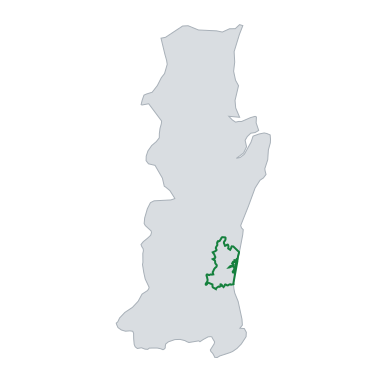 Portugal, with Aveiro highlighted, rotated 178°
{"feature_id": "PRT-739", "entity_name": "Aveiro", "entity_type": "District", "adm_level": 1, "iso_a3": "PRT", "parent_name": "Portugal", "parent_adm1": "", "projection": "orthographic", "projection_center": [-8.444, 40.685], "detail": "fine", "context": "in_parent", "style": "outline", "palette": "green", "viewbox_px": 384, "rotation_deg": 178, "n_neighbors": 0, "source": "natural_earth", "source_scale": "10m", "svg_char_len": 4771}
<svg xmlns="http://www.w3.org/2000/svg" viewBox="0 0 384 384"><g transform="rotate(178 192 192)"><path d="M148.0,38.4L152.5,34.1L157.0,31.2L159.5,30.2L169.9,27.2L172.6,25.7L175.1,26.0L175.6,27.4L177.0,30.1L178.7,32.0L179.2,33.5L175.2,39.4L174.6,41.4L176.7,45.2L177.1,46.3L178.1,46.8L180.9,46.7L185.9,44.2L189.3,42.1L190.5,43.0L200.3,41.7L202.6,42.7L204.2,43.7L209.0,45.1L214.3,45.1L220.8,43.1L223.6,41.0L224.1,38.8L224.2,37.1L225.1,36.1L226.5,35.4L228.9,36.5L232.2,37.3L240.1,37.5L241.7,36.3L244.4,36.6L248.0,38.1L252.1,37.5L254.2,39.3L255.1,41.8L255.4,47.3L255.3,52.9L256.1,54.9L258.9,55.4L263.4,55.2L267.5,56.6L270.7,59.1L271.8,61.8L272.3,63.6L270.8,64.7L268.7,68.7L263.3,74.0L255.5,78.8L249.6,84.7L245.5,91.7L240.3,94.8L238.8,96.4L238.2,98.3L241.8,106.7L243.0,113.2L244.0,121.2L243.5,123.5L243.3,132.3L242.6,134.9L242.8,137.0L244.1,139.2L244.8,141.3L242.4,144.1L238.0,147.4L234.8,150.2L233.9,152.9L234.2,154.5L239.8,160.0L240.9,162.2L240.2,167.7L237.2,176.8L234.2,182.3L233.7,182.9L230.2,184.5L213.4,184.8L209.4,186.0L209.9,187.1L214.0,194.1L218.1,197.8L219.5,198.7L221.1,206.9L228.0,219.9L234.5,221.7L236.8,224.9L236.5,229.5L234.6,234.6L230.6,239.9L225.9,243.6L222.8,247.3L222.6,251.5L221.7,256.8L220.3,261.1L219.9,264.0L232.2,281.7L238.9,280.7L239.8,281.1L238.6,285.4L236.6,290.5L234.1,291.5L228.3,293.1L222.9,299.6L218.6,307.4L215.3,311.3L212.3,320.5L212.8,324.5L214.3,330.7L217.6,346.8L213.1,347.5L195.6,358.2L190.1,358.3L179.9,353.7L161.9,352.2L156.1,350.8L148.8,353.8L143.1,353.7L138.6,357.6L135.4,356.5L139.1,347.9L145.0,330.8L144.8,320.3L146.2,311.2L144.6,302.2L141.8,296.6L145.8,282.0L145.4,274.5L141.8,265.0L152.6,266.4L149.3,262.7L146.0,260.3L142.8,260.9L140.1,260.7L130.9,264.3L126.3,265.4L125.0,264.7L125.5,258.9L123.2,251.2L126.9,249.2L131.2,248.7L134.8,245.5L137.1,241.8L135.9,235.3L139.1,229.2L146.5,224.1L142.7,224.8L138.3,228.0L131.3,239.7L129.0,245.7L123.1,247.6L117.8,248.5L115.1,247.8L111.9,246.3L111.7,241.9L112.0,238.4L114.2,231.4L115.2,221.6L118.4,212.8L118.2,210.5L117.4,207.0L120.1,203.6L123.6,201.4L128.8,193.8L136.1,175.9L144.5,156.8L143.8,154.4L142.1,152.6L142.8,147.5L147.9,125.0L149.9,122.1L152.2,115.5L152.8,104.9L153.7,97.6L153.5,93.9L152.8,89.5L149.7,81.0L146.5,63.1L146.3,57.2L148.9,54.2L144.5,53.7L142.6,49.9L143.0,45.5L148.0,38.4Z" fill="#d9dde1" stroke="#a8b0b8" stroke-width="1"/><path d="M147.1,130.4L147.2,129.5L148.2,126.5L148.8,122.8L149.0,122.5L149.2,122.4L149.3,123.7L149.2,124.2L150.2,122.5L150.9,121.9L151.6,122.4L151.9,122.4L151.9,122.0L151.8,121.8L151.6,121.4L151.5,121.0L151.6,120.6L152.1,120.4L152.4,120.5L152.6,120.9L152.8,121.1L153.3,120.9L153.7,120.4L154.3,119.3L153.5,118.8L153.1,118.1L153.2,117.4L154.2,117.1L155.3,116.9L156.2,116.6L156.9,116.1L157.7,115.3L156.9,115.4L155.6,116.0L154.6,116.2L154.4,116.3L154.1,116.4L153.0,115.8L152.6,115.3L152.3,113.5L154.1,110.9L153.7,109.5L153.6,110.6L153.3,111.5L152.9,111.7L152.7,110.9L152.0,112.2L151.4,113.9L151.1,115.7L151.0,117.3L150.7,118.3L150.2,119.8L149.5,121.2L148.9,122.0L153.7,99.9L153.7,98.4L154.2,98.3L156.3,98.0L157.1,98.5L158.7,97.9L159.4,97.4L160.0,97.4L160.4,97.6L160.9,98.0L161.6,98.4L162.1,98.4L162.4,98.1L162.7,97.2L163.0,96.9L163.8,95.9L164.8,96.9L165.1,97.3L165.4,98.0L166.3,98.7L166.7,98.7L166.8,98.4L166.8,98.0L166.6,97.7L166.5,97.3L166.6,96.9L167.8,96.3L168.8,96.6L171.2,95.0L171.3,94.8L171.5,94.1L174.5,96.0L174.7,96.4L174.8,97.0L174.8,97.5L174.8,98.9L178.5,100.6L179.0,100.6L179.7,100.5L180.0,99.7L180.3,99.3L180.9,98.8L181.3,98.8L181.5,99.0L181.5,99.3L181.5,99.5L181.4,99.9L179.8,102.1L179.6,102.9L179.5,103.6L179.5,104.0L179.7,104.9L180.0,106.6L180.4,107.8L180.4,108.5L180.1,109.0L179.7,109.1L179.3,109.0L178.9,108.9L178.5,108.6L178.1,108.4L177.5,108.4L176.6,108.9L176.0,109.0L175.5,108.9L175.1,108.7L173.6,108.9L174.1,110.9L174.1,111.2L173.6,112.0L172.6,114.1L171.5,115.4L170.3,116.3L169.9,117.2L169.8,117.4L169.9,117.7L169.9,118.2L170.2,118.6L170.8,119.3L171.1,119.8L171.3,120.3L171.3,122.1L171.7,123.0L171.9,123.1L172.8,123.5L173.6,124.2L171.6,125.0L171.3,125.3L171.0,125.8L171.0,126.3L171.6,127.7L171.9,128.8L172.2,129.3L172.5,129.6L172.8,130.0L173.4,131.0L170.7,132.1L169.6,132.9L169.5,133.3L169.6,133.7L170.1,134.6L170.1,135.5L169.9,136.0L168.5,138.2L168.7,140.2L168.2,140.7L168.3,141.2L167.7,142.0L166.6,141.9L166.2,142.0L165.8,142.5L165.5,143.0L164.4,144.5L164.2,145.1L163.7,145.5L163.4,145.8L160.5,145.5L160.1,145.1L160.1,144.7L160.1,144.1L160.2,143.4L160.6,142.4L160.9,142.0L161.2,141.8L161.3,141.7L161.5,141.5L161.6,141.3L161.9,140.3L161.9,139.9L161.8,139.5L161.3,138.4L161.0,137.1L160.4,137.1L159.7,137.5L158.9,138.0L158.4,138.2L158.0,138.1L157.7,137.6L157.5,136.5L157.5,135.8L157.8,134.3L155.9,132.9L154.8,134.6L154.6,135.6L154.2,136.3L152.6,136.1L147.2,130.5L147.1,130.4Z" fill="none" stroke="#15803d" stroke-width="2"/></g></svg>